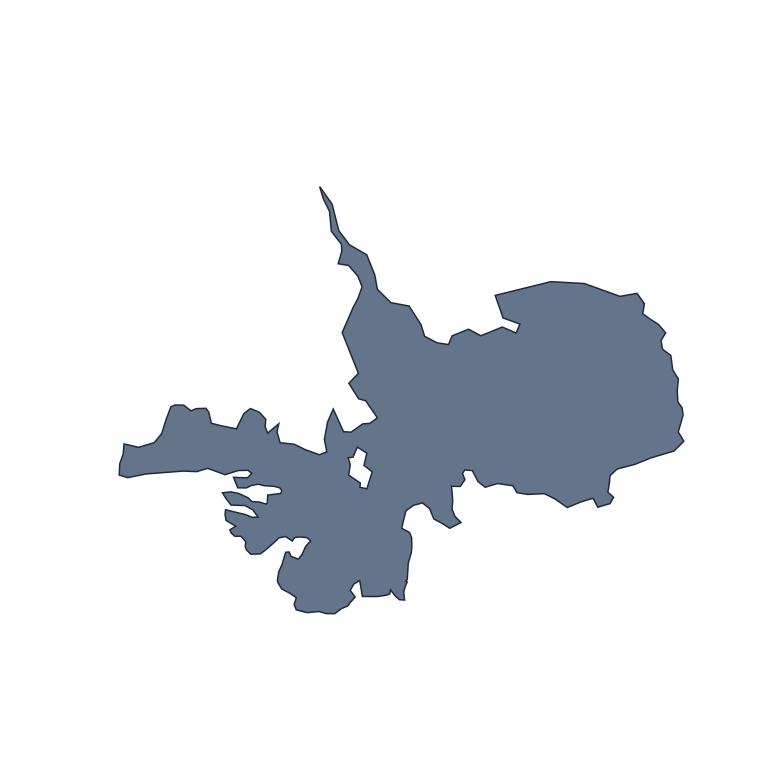 outline of Kattakurgan, Samarkand, Uzbekistan, rotated 67°
{"feature_id": "79887680B42303592957509", "entity_name": "Kattakurgan", "entity_type": "district", "adm_level": 2, "iso_a3": "UZB", "parent_name": "Uzbekistan", "parent_adm1": "Samarkand", "projection": "orthographic", "projection_center": [66.271, 39.924], "detail": "fine", "context": "isolated", "style": "filled", "palette": "slate", "viewbox_px": 768, "rotation_deg": 67, "n_neighbors": 0, "source": "geoboundaries", "source_scale": "gbopen_adm2", "svg_char_len": 3255}
<svg xmlns="http://www.w3.org/2000/svg" viewBox="0 0 768 768"><g transform="rotate(67 384 384)"><path d="M576.2,519.0L574.1,511.0L574.2,504.1L572.0,500.6L568.8,493.7L560.8,495.8L556.4,490.0L555.4,483.1L571.1,486.9L577.0,473.3L579.4,464.2L579.4,460.7L576.1,458.4L584.0,456.3L588.6,454.1L590.9,449.5L583.1,447.1L578.6,443.5L575.3,440.0L574.1,441.2L573.1,439.0L558.5,431.7L549.7,424.6L545.2,422.2L536.2,418.6L530.6,418.5L523.8,424.0L520.4,421.7L509.3,413.4L507.2,404.2L508.5,395.1L516.4,390.7L527.7,390.9L534.6,385.3L542.5,379.8L541.6,367.2L533.7,370.4L525.8,370.3L519.1,366.7L512.4,364.3L504.5,361.8L508.1,353.9L503.7,346.9L496.9,346.7L494.7,343.3L498.2,336.5L510.6,335.6L518.6,331.2L519.9,318.6L528.0,305.1L535.9,304.1L541.7,295.1L547.6,279.2L556.8,271.4L569.3,263.6L569.5,248.8L570.9,236.2L581.0,235.3L582.4,222.7L578.0,216.9L571.1,220.2L563.1,215.1L556.7,211.8L553.4,202.6L554.6,194.0L556.0,184.4L556.3,167.2L557.6,155.8L559.0,143.2L553.8,130.3L543.2,131.9L529.4,120.8L522.4,118.9L515.3,120.5L504.8,116.7L494.4,111.1L483.8,112.7L469.8,108.8L460.9,114.0L452.2,112.0L447.0,104.7L436.4,108.1L427.7,114.0L420.4,118.4L411.8,112.9L399.4,115.7L395.5,132.6L369.8,160.3L355.0,190.4L345.9,247.0L369.7,248.6L382.0,235.5L388.7,242.5L377.8,252.8L377.4,276.0L366.6,284.8L366.3,302.5L372.9,309.2L366.7,319.2L355.9,328.0L343.8,326.7L322.0,330.5L311.8,345.9L294.2,353.1L280.3,349.9L258.3,349.4L242.4,361.4L225.2,365.7L198.2,361.5L177.1,366.1L190.2,367.5L203.8,366.7L222.8,372.8L238.6,368.6L245.4,371.0L255.4,379.2L261.1,370.2L274.7,365.9L286.0,366.2L294.9,374.4L301.5,382.5L320.3,402.4L364.2,403.4L369.6,416.1L387.7,413.1L392.3,407.4L412.6,403.3L414.7,412.5L412.4,419.3L415.5,433.1L412.0,439.9L387.2,440.5L397.2,451.0L411.7,460.5L424.0,463.1L423.9,471.1L413.5,482.3L404.4,490.1L397.4,502.6L386.2,501.2L379.5,496.4L383.8,510.3L377.0,510.1L370.3,506.6L361.3,509.8L354.4,516.5L356.5,524.6L367.6,537.4L358.3,550.9L352.7,558.2L341.3,556.3L336.8,557.4L333.3,566.4L333.2,572.2L325.2,576.6L321.7,584.5L321.7,589.1L331.6,598.5L342.7,607.9L348.2,618.3L346.4,634.7L337.6,646.7L346.5,651.4L354.3,658.5L364.3,663.3L370.1,656.5L373.8,638.3L385.6,603.1L391.5,590.6L392.8,579.2L405.4,565.7L406.7,552.0L409.0,546.2L410.3,542.9L414.8,540.7L417.0,546.5L411.1,559.0L422.4,559.2L425.9,551.3L425.6,545.4L427.2,538.7L430.7,534.2L435.3,525.1L438.8,520.6L442.2,519.6L444.4,521.9L440.8,534.4L447.1,537.5L448.6,539.2L447.1,541.1L444.0,544.8L440.5,551.6L435.7,553.5L428.0,560.5L423.4,567.2L421.0,575.2L427.8,574.2L435.7,572.1L441.5,559.6L448.4,554.0L457.4,551.9L455.1,557.6L450.5,562.1L437.8,579.0L442.3,581.4L447.9,582.7L457.0,576.0L458.0,582.9L461.4,582.9L465.9,580.8L468.3,575.1L475.1,572.9L479.5,575.3L482.9,575.4L488.6,573.2L492.1,564.2L490.0,556.1L485.7,543.4L484.6,541.1L485.9,534.2L492.7,529.8L490.5,526.3L491.7,521.8L492.9,519.5L495.2,515.0L499.7,512.8L503.0,519.7L508.5,525.6L511.8,531.4L506.1,537.0L501.6,536.9L500.4,540.3L510.4,548.5L515.9,554.4L523.7,559.1L526.0,559.2L532.8,558.2L539.6,552.6L546.4,548.2L552.0,552.9L557.6,553.0L564.5,544.0L568.1,532.6L572.7,527.0L576.2,519.0ZM440.9,426.8L451.1,434.2L460.3,429.2L473.7,440.7L469.7,446.5L465.9,444.5L454.1,452.1L445.1,446.6L437.9,445.8L439.3,441.2L431.7,433.2L440.9,426.8Z" fill="#64748b" stroke="#1e293b" stroke-width="1.5"/></g></svg>